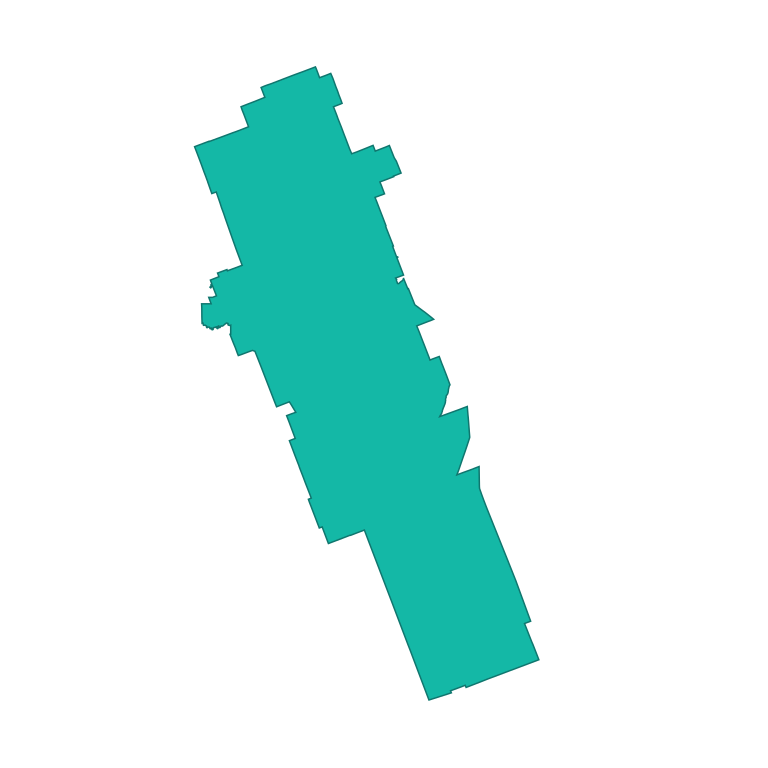 Unión, Córdoba, Argentina (orthographic projection), rotated 327°
{"feature_id": "61730980B31238250662903", "entity_name": "Unión", "entity_type": "district", "adm_level": 2, "iso_a3": "ARG", "parent_name": "Argentina", "parent_adm1": "Córdoba", "projection": "orthographic", "projection_center": [-62.769, -32.932], "detail": "fine", "context": "isolated", "style": "filled", "palette": "teal", "viewbox_px": 768, "rotation_deg": 327, "n_neighbors": 0, "source": "geoboundaries", "source_scale": "gbopen_adm2", "svg_char_len": 5895}
<svg xmlns="http://www.w3.org/2000/svg" viewBox="0 0 768 768"><g transform="rotate(327 384 384)"><path d="M354.4,81.8L353.4,86.5L352.4,91.2L351.8,93.9L351.5,95.3L350.4,100.3L348.5,108.4L347.5,113.1L346.9,115.6L346.4,118.0L346.2,118.5L345.3,122.3L345.1,123.0L343.3,130.5L347.9,131.6L345.1,142.8L343.8,147.5L342.4,153.7L341.1,158.7L337.2,174.7L335.6,181.3L333.3,190.9L329.7,207.2L314.3,203.8L314.6,202.5L304.8,200.3L304.0,204.1L295.0,202.3L294.1,206.2L292.8,206.6L292.8,207.4L290.8,208.0L291.1,209.0L293.7,208.1L291.5,218.8L287.5,218.0L284.2,215.9L282.7,222.6L278.4,219.8L274.7,217.4L272.6,221.0L270.5,224.3L268.0,228.2L264.6,233.8L265.1,233.8L265.3,233.9L265.4,234.2L265.4,234.4L265.3,234.7L265.0,235.0L264.6,236.1L264.6,236.5L264.8,236.7L265.2,236.8L265.4,236.9L265.7,237.0L265.9,237.1L266.2,237.5L266.2,238.0L266.5,238.2L266.7,238.5L266.7,238.8L266.8,239.1L266.6,239.4L266.5,239.5L266.1,239.8L266.1,240.0L266.2,240.4L266.5,240.5L267.0,240.5L267.3,240.4L267.5,240.6L268.1,240.9L268.4,241.1L268.5,241.4L268.6,241.7L268.5,242.0L268.3,242.5L268.3,242.9L268.4,243.1L268.9,243.3L269.1,243.3L269.3,243.3L269.5,243.1L269.9,243.2L270.0,243.5L270.0,244.0L269.9,244.2L269.6,244.6L269.3,244.7L269.3,244.8L269.7,245.1L270.0,245.2L270.5,245.1L270.9,244.5L271.1,244.2L271.4,244.0L271.7,244.0L272.0,244.1L272.3,244.0L272.6,244.1L273.1,244.6L273.7,244.6L274.0,244.6L274.3,244.6L274.5,244.7L274.8,244.9L274.8,245.1L274.3,245.7L274.3,246.1L274.3,246.4L274.3,246.6L274.4,246.8L274.6,246.9L274.8,247.0L275.3,246.8L275.5,246.6L275.6,246.3L275.8,246.0L275.9,245.7L276.0,245.4L276.2,245.2L276.5,245.1L276.8,245.1L277.1,245.3L277.1,245.5L276.8,245.9L276.7,246.3L276.8,246.7L276.8,246.9L276.9,247.2L277.2,247.3L277.5,247.2L277.8,247.0L278.4,246.9L278.5,246.7L279.0,246.6L279.3,246.7L279.8,247.3L280.4,247.5L281.2,247.4L282.0,247.3L282.7,247.3L283.3,247.1L283.5,247.1L284.1,247.2L284.6,247.0L285.0,247.0L285.4,247.3L285.6,247.7L285.8,247.8L286.0,248.0L286.2,248.3L286.1,248.5L285.8,249.0L285.6,249.1L285.4,249.3L285.5,249.5L285.6,249.8L285.9,250.3L286.2,250.5L286.3,250.7L286.5,250.9L286.7,251.1L286.9,251.1L287.0,251.3L287.4,251.3L282.5,258.8L281.9,258.5L280.4,265.7L279.9,268.2L279.1,272.6L277.8,278.2L277.3,280.8L280.0,281.5L288.2,283.3L292.0,284.2L293.6,286.3L290.5,301.6L286.4,321.1L282.6,339.1L281.5,344.6L287.3,345.8L294.9,347.4L294.9,350.7L294.6,359.7L290.5,358.7L285.1,357.5L283.6,364.6L279.9,381.3L273.8,380.0L272.6,385.5L270.5,395.0L268.7,403.5L268.3,405.6L267.7,407.8L267.2,410.1L265.4,418.7L264.2,424.1L261.6,436.7L260.8,440.1L257.8,439.5L257.0,442.8L256.2,446.7L254.4,455.1L253.4,459.8L252.2,465.3L251.8,467.3L251.3,469.5L254.3,470.2L252.6,477.9L250.5,487.5L264.8,490.6L273.3,492.4L273.5,492.7L279.3,493.9L288.0,495.8L285.3,508.2L276.1,551.2L275.7,553.0L271.5,572.6L264.8,603.4L261.9,616.8L261.1,620.8L256.1,643.6L249.6,673.5L272.3,679.7L272.7,677.5L284.1,680.1L288.0,680.9L287.8,681.9L287.6,683.2L304.9,686.8L310.4,687.9L363.7,699.6L364.6,695.3L367.0,683.7L367.5,680.6L371.4,661.4L377.8,662.8L387.4,620.9L389.7,609.4L391.3,601.3L391.4,600.9L402.2,546.1L402.6,544.1L403.1,541.7L404.3,536.1L405.8,529.5L406.3,527.5L407.2,523.7L408.2,521.9L409.5,519.8L418.8,505.0L409.2,503.0L402.4,501.4L395.6,499.9L399.6,497.0L411.2,487.9L415.1,484.9L419.9,481.1L426.7,475.6L427.1,475.0L429.0,471.5L431.3,467.3L436.1,458.5L437.6,455.6L441.6,448.2L437.0,447.2L433.6,446.5L412.9,441.7L413.4,441.4L414.6,440.8L415.4,440.5L415.8,440.3L416.4,440.0L416.6,439.8L417.5,439.0L418.1,438.6L418.4,438.1L418.5,438.0L418.9,437.8L419.1,437.6L419.3,437.5L419.4,437.3L419.5,437.1L419.9,437.0L420.1,436.8L420.4,436.6L421.0,436.2L421.3,436.0L421.4,435.9L421.6,435.7L421.9,435.6L422.1,435.5L422.4,435.2L424.0,434.1L424.7,433.5L425.2,433.1L425.4,432.9L426.1,432.0L426.6,431.5L426.8,431.3L427.1,430.7L427.4,430.2L428.0,429.6L428.4,429.4L428.9,429.0L429.1,428.6L429.3,428.3L429.5,428.0L429.8,427.8L430.0,427.7L430.4,427.6L431.0,427.3L431.4,427.1L431.6,427.1L432.0,426.9L432.3,426.7L432.7,426.3L433.1,426.0L433.1,425.9L433.3,425.7L433.6,425.5L434.0,425.0L434.3,424.6L434.8,424.1L435.0,423.8L435.2,423.5L435.3,423.4L436.0,422.8L436.3,422.5L436.6,422.2L436.9,421.9L437.6,421.3L437.9,421.1L438.2,421.0L438.6,420.8L438.9,420.6L441.1,410.8L443.0,401.7L443.6,398.5L444.9,392.8L445.3,391.0L438.1,389.4L435.6,389.0L436.2,386.6L438.5,375.6L438.6,375.2L439.9,368.8L441.7,360.3L443.1,353.1L455.5,355.7L457.6,356.2L460.9,356.8L460.1,354.2L457.4,346.2L456.1,342.8L453.0,334.4L456.4,317.3L455.8,317.2L457.9,306.3L457.6,306.3L457.6,306.5L457.2,306.8L457.0,307.0L456.6,307.0L456.1,307.1L455.8,307.3L455.5,307.4L454.7,307.3L454.4,307.3L454.0,307.4L453.8,307.4L453.6,307.4L453.3,307.4L452.3,307.6L452.1,307.7L451.6,307.8L451.4,307.8L451.2,307.8L450.8,307.7L450.7,307.5L450.2,307.3L450.1,306.8L450.1,306.7L450.2,306.4L450.3,306.3L450.3,306.1L450.5,305.8L450.5,305.1L450.8,304.0L450.9,303.8L451.0,303.5L451.2,303.2L451.5,303.2L451.5,302.8L451.4,302.6L451.4,302.1L451.4,301.9L451.4,301.4L459.7,303.3L463.6,285.0L464.6,285.2L464.7,284.8L463.7,284.5L466.2,273.2L467.0,273.4L471.2,252.8L471.8,252.5L473.5,244.7L475.4,235.6L477.1,227.7L478.1,222.6L488.0,224.8L490.0,215.7L490.6,212.3L497.8,213.9L505.1,215.4L505.2,214.8L513.2,216.4L515.7,203.9L515.8,199.8L518.4,186.9L514.0,186.1L503.5,183.9L503.7,183.2L504.8,177.9L494.9,176.0L487.4,174.5L482.3,173.3L482.9,169.9L483.2,168.0L483.3,167.6L485.8,156.1L486.3,153.6L488.1,145.5L490.0,136.0L490.7,133.2L491.4,129.9L491.9,127.5L492.6,124.0L494.7,124.4L499.4,125.4L501.7,125.8L502.8,121.1L503.6,117.1L504.7,112.7L505.5,108.6L507.6,99.8L508.5,94.5L502.5,93.3L496.8,92.0L498.0,86.7L498.9,82.5L499.2,80.7L495.4,79.9L488.9,78.5L486.6,78.0L477.9,76.0L475.6,75.5L470.9,74.5L452.1,70.5L449.0,69.7L446.4,69.1L442.4,68.4L440.2,78.7L429.5,76.6L422.0,75.0L415.1,73.6L414.1,77.6L413.4,81.3L410.5,94.5L397.6,91.8L393.9,90.9L383.5,88.6L373.8,86.4L369.3,85.4L369.4,85.1L354.4,81.8Z" fill="#14b8a6" stroke="#0f766e" stroke-width="1.5"/></g></svg>